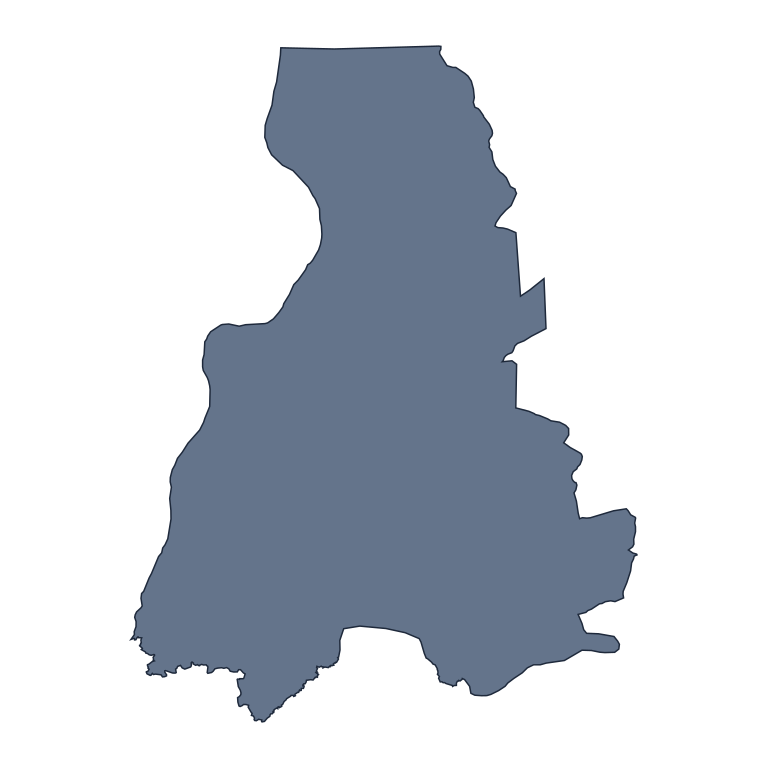 Nandom, Upper West, Ghana
{"feature_id": "2480657B7958262081913", "entity_name": "Nandom", "entity_type": "district", "adm_level": 2, "iso_a3": "GHA", "parent_name": "Ghana", "parent_adm1": "Upper West", "projection": "mercator", "projection_center": [-2.792, 10.867], "detail": "fine", "context": "isolated", "style": "filled", "palette": "slate", "viewbox_px": 768, "rotation_deg": 0, "n_neighbors": 0, "source": "geoboundaries", "source_scale": "gbopen_adm2", "svg_char_len": 6113}
<svg xmlns="http://www.w3.org/2000/svg" viewBox="0 0 768 768"><path d="M438.8,46.1L334.3,49.0L280.8,47.8L280.4,55.2L276.6,82.0L273.9,91.3L272.0,105.2L267.2,118.5L265.2,125.3L264.8,137.4L266.8,142.8L267.9,147.6L271.6,154.8L282.5,165.2L293.0,170.6L308.5,187.2L312.9,195.6L315.1,198.6L319.5,208.6L319.9,219.4L321.4,225.7L321.9,234.2L321.7,238.0L320.4,244.7L318.6,250.0L312.7,260.2L310.2,263.2L307.7,264.7L305.6,269.7L298.2,280.1L293.8,284.6L289.5,294.4L283.8,303.6L282.9,306.9L278.8,312.6L273.4,318.9L267.6,322.9L265.0,323.6L245.6,324.7L239.2,326.2L228.8,324.0L222.4,324.5L220.9,325.0L210.7,331.7L207.7,336.1L206.7,339.0L204.8,341.8L204.1,354.5L202.6,360.0L202.6,366.9L203.3,370.5L207.3,377.6L208.5,380.7L209.7,385.9L210.1,389.6L209.7,406.5L205.0,418.0L203.6,422.3L199.7,430.0L188.0,443.2L182.3,452.2L177.5,458.3L174.8,465.2L172.3,469.7L170.3,477.5L170.2,481.9L171.4,487.2L169.7,498.5L170.9,510.4L171.0,519.1L167.8,538.8L165.1,544.7L162.7,548.0L161.7,552.8L158.6,556.5L151.5,573.5L149.1,578.0L143.7,591.3L141.6,593.5L141.0,598.3L142.2,605.9L141.1,607.7L136.6,611.9L135.2,614.8L134.7,617.4L136.1,621.6L136.0,626.7L134.2,631.7L134.4,634.6L131.0,639.4L134.0,638.4L134.5,638.7L134.6,639.9L135.8,639.8L137.5,637.1L138.1,636.9L138.6,637.7L141.7,637.8L140.9,640.1L141.3,642.9L140.7,643.3L140.5,644.9L139.6,645.3L139.6,645.8L142.1,648.0L142.4,648.6L141.3,649.6L145.4,651.9L145.8,653.1L147.5,653.5L149.2,654.8L151.2,655.3L153.9,654.5L154.5,654.8L154.6,655.2L153.1,657.4L153.6,659.4L153.2,660.1L154.3,660.9L152.2,661.6L149.0,664.1L147.5,664.7L147.5,665.8L148.3,667.1L147.9,668.0L149.1,669.2L147.8,671.4L146.4,671.7L146.3,672.2L147.0,673.8L150.2,675.4L151.0,675.2L152.3,673.4L153.4,674.5L155.5,674.1L161.0,674.8L162.5,676.9L164.6,676.7L166.5,675.9L166.6,674.8L164.8,672.2L164.8,670.8L165.6,670.6L172.5,673.0L175.2,673.1L176.2,672.6L175.6,669.1L176.8,668.3L177.6,666.4L180.5,665.4L182.2,667.9L184.8,669.1L190.6,667.0L191.3,665.8L191.2,662.8L192.0,662.0L193.3,663.0L193.0,663.8L195.6,665.3L197.6,664.6L198.4,665.5L199.6,665.7L200.0,665.0L201.7,664.4L203.5,665.0L206.2,664.8L206.6,665.6L207.7,666.2L207.9,667.1L207.2,672.5L207.8,673.3L211.6,672.5L213.2,671.2L214.9,668.8L217.7,668.1L221.6,667.7L223.8,668.3L226.6,667.6L228.8,668.8L230.2,671.2L233.7,672.0L237.3,671.9L238.6,669.7L240.5,669.7L243.4,672.9L245.1,673.9L243.9,678.0L243.2,678.7L239.7,678.7L239.5,679.4L237.9,679.0L237.2,679.4L238.3,686.6L240.3,690.2L241.0,692.9L240.8,694.7L239.3,696.6L237.6,697.6L237.9,702.2L239.0,706.0L240.1,706.5L242.2,705.6L243.5,704.5L246.0,704.5L248.6,705.3L248.2,707.2L251.4,712.7L252.1,713.3L251.4,715.4L253.4,716.0L254.5,718.0L254.1,719.6L254.7,720.5L256.4,720.7L258.7,719.3L261.8,720.0L261.6,721.4L262.0,721.9L264.5,721.4L267.3,718.1L269.8,716.4L270.2,714.5L270.9,713.8L272.2,713.8L272.9,712.7L273.6,712.6L273.9,712.0L273.1,711.3L274.0,710.7L274.1,709.7L276.5,708.1L277.8,708.7L277.8,707.2L278.9,706.7L279.4,707.6L281.7,706.4L281.4,705.1L282.6,704.5L284.1,701.5L286.0,699.9L286.6,698.7L290.6,696.2L291.0,695.4L293.4,695.4L293.7,696.4L295.1,695.9L295.4,695.7L294.9,695.0L295.0,694.2L297.8,692.3L298.6,692.4L299.5,690.1L300.1,690.6L301.2,690.4L301.3,688.4L303.4,688.4L304.1,686.7L303.8,685.4L302.9,685.7L303.0,684.7L303.8,683.8L305.2,683.7L306.1,682.1L306.4,680.3L310.7,679.7L313.1,680.0L315.1,677.4L315.7,677.6L316.2,676.9L317.4,677.2L317.5,675.4L318.4,674.7L317.8,674.3L317.8,673.3L316.7,673.3L315.9,672.5L317.1,671.9L316.4,671.1L317.5,668.4L316.6,667.6L316.9,666.3L319.2,667.2L321.2,666.2L321.6,666.7L323.0,666.8L323.0,667.9L324.8,667.0L328.3,667.6L328.8,666.9L330.2,666.7L330.0,665.9L331.0,665.3L331.7,665.8L333.9,665.1L333.3,664.0L334.4,663.0L335.2,663.1L335.6,662.3L336.5,662.4L338.5,659.0L337.7,657.5L338.6,657.1L340.0,650.0L339.8,640.4L343.7,628.7L359.8,626.1L385.9,628.5L405.2,632.7L419.2,638.6L421.0,642.1L424.3,653.4L426.2,658.1L427.5,658.7L431.6,662.2L432.9,664.0L435.2,664.9L437.4,668.9L437.2,669.7L437.8,670.5L438.0,673.1L437.4,674.2L439.4,676.6L438.6,678.2L440.2,681.9L442.0,681.8L443.1,682.7L444.6,682.6L445.9,683.5L452.4,685.5L452.6,686.4L454.2,685.5L456.4,685.4L456.4,683.1L457.4,681.2L458.2,681.2L458.7,680.4L460.0,681.0L462.1,679.4L462.3,678.5L464.6,679.6L469.6,686.3L470.9,693.3L474.8,695.2L481.6,695.7L486.8,695.6L490.9,694.4L498.6,690.6L505.1,686.3L507.8,683.0L514.0,678.3L522.3,672.8L527.4,667.8L533.6,664.8L540.2,664.8L546.2,663.1L564.4,660.5L582.0,650.2L591.5,650.5L599.8,652.2L604.8,652.6L614.7,652.3L618.8,649.1L619.4,644.3L617.7,641.2L614.0,636.5L598.7,633.8L586.6,633.3L583.7,629.7L582.0,623.5L578.1,614.4L585.9,612.4L587.8,610.6L591.5,609.1L599.5,603.8L602.0,603.5L605.3,601.7L610.7,600.8L615.0,601.6L623.6,597.9L623.0,594.1L623.2,591.3L626.8,582.7L630.6,570.9L631.6,562.9L633.5,559.0L634.2,556.1L637.0,554.9L636.6,554.1L632.8,553.0L628.4,550.0L632.6,546.8L633.9,544.2L633.7,539.2L635.5,531.7L635.5,526.7L634.7,523.1L635.6,518.2L635.4,517.4L630.7,514.8L628.1,510.7L626.3,508.8L613.5,510.8L590.2,517.8L586.7,518.1L582.4,517.7L579.6,518.7L578.2,513.1L576.4,501.1L574.0,492.9L575.9,489.8L576.9,485.1L576.0,482.6L574.7,482.4L572.9,480.5L571.9,478.6L571.6,475.5L573.2,471.7L576.8,468.9L577.6,466.8L580.0,464.5L581.8,460.0L582.3,456.5L581.4,454.2L580.2,453.1L570.2,447.5L563.7,442.8L568.7,435.0L568.6,428.5L565.7,425.4L559.6,422.2L550.9,420.8L547.7,418.9L539.4,415.5L535.5,414.6L534.2,413.6L528.9,411.3L515.8,407.9L516.6,364.3L512.0,360.8L502.3,361.7L503.1,360.8L504.3,357.5L505.9,355.6L507.9,354.2L511.8,352.7L513.1,350.8L514.9,345.9L517.5,343.4L524.1,340.8L531.4,336.2L546.0,328.6L544.0,278.6L529.6,290.1L520.5,296.2L515.9,232.7L507.6,229.1L503.0,228.0L497.8,227.6L495.0,226.0L496.0,222.7L500.4,216.1L505.9,210.1L511.1,205.5L516.5,193.4L515.2,190.5L515.1,189.1L510.4,186.6L506.3,177.7L503.1,174.3L499.9,172.0L495.4,166.2L492.8,159.5L491.9,151.9L489.1,147.4L489.6,144.7L488.7,141.0L489.5,138.9L491.9,135.7L492.5,133.3L492.1,130.3L489.3,124.2L483.7,116.9L483.4,115.7L479.8,110.4L478.1,108.6L474.9,107.3L473.3,102.3L474.3,97.6L473.4,88.9L471.3,81.1L468.0,76.1L464.7,73.3L455.8,67.4L452.8,67.4L447.0,65.7L439.7,54.1L439.6,51.6L440.8,49.4L440.9,46.4L438.8,46.1Z" fill="#64748b" stroke="#1e293b" stroke-width="1.5"/></svg>